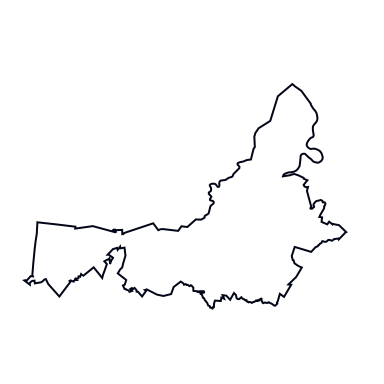 Jonuta, Tabasco, Mexico (Robinson projection), rotated 276°
{"feature_id": "50627088B39502895384690", "entity_name": "Jonuta", "entity_type": "district", "adm_level": 2, "iso_a3": "MEX", "parent_name": "Mexico", "parent_adm1": "Tabasco", "projection": "robinson", "projection_center": [-92.185, 18.135], "detail": "fine", "context": "isolated", "style": "outline", "palette": "ink", "viewbox_px": 384, "rotation_deg": 276, "n_neighbors": 0, "source": "geoboundaries", "source_scale": "gbopen_adm2", "svg_char_len": 5913}
<svg xmlns="http://www.w3.org/2000/svg" viewBox="0 0 384 384"><g transform="rotate(276 192 192)"><path d="M82.9,40.4L84.1,40.2L84.9,40.4L85.5,40.9L86.5,41.8L86.9,42.7L87.4,44.6L84.7,45.3L86.4,51.2L87.3,52.5L89.6,54.5L90.1,55.7L85.4,58.7L74.2,71.0L90.0,80.5L90.3,79.8L90.7,79.5L91.4,80.5L90.6,83.0L90.6,83.8L91.4,83.9L92.1,84.8L92.3,85.1L92.4,86.2L93.3,84.9L93.9,85.3L93.8,85.8L94.0,87.6L94.4,88.0L96.2,88.0L96.3,89.1L96.1,89.6L98.8,90.3L97.8,91.6L97.7,92.5L97.5,92.8L106.8,102.1L97.1,111.7L100.6,112.2L102.7,112.8L111.4,114.9L113.9,112.1L115.6,114.4L116.3,116.0L117.4,116.8L112.6,117.9L112.6,118.2L115.8,119.0L117.2,119.9L118.4,120.3L121.0,115.5L120.9,114.8L126.9,119.3L128.6,123.3L126.7,124.1L130.2,126.2L128.5,126.7L129.6,130.7L121.7,132.5L114.4,131.1L109.8,130.5L108.8,129.8L107.6,128.7L103.3,126.7L98.3,134.7L97.5,135.8L92.8,134.8L91.8,133.1L88.6,135.0L88.8,135.5L88.5,136.3L88.1,136.5L87.5,139.3L86.2,140.2L87.3,142.7L89.1,140.8L90.2,142.3L89.2,143.4L90.6,144.9L88.5,147.1L87.1,147.3L87.1,148.7L82.9,153.3L88.9,156.7L89.6,155.5L90.2,157.1L90.4,157.2L86.3,167.9L85.6,174.4L88.3,181.9L95.6,183.7L101.7,190.1L100.3,192.8L99.6,193.6L99.0,193.8L99.7,195.0L99.6,195.6L99.0,196.2L99.2,196.8L99.2,197.5L98.1,199.3L98.1,199.5L99.1,200.4L99.0,201.1L97.1,203.3L94.4,203.6L93.7,203.9L93.9,206.3L93.8,206.9L93.3,207.7L93.8,208.2L93.2,208.6L93.1,208.9L93.2,209.4L94.1,210.1L94.2,210.3L94.2,211.4L94.6,213.6L94.4,214.2L93.9,214.5L93.2,214.4L93.0,214.0L92.9,213.2L92.4,212.4L92.8,211.7L92.8,211.3L92.1,211.0L91.5,211.2L91.5,211.8L91.4,212.2L89.0,213.6L88.1,213.8L87.5,215.2L85.7,216.1L85.0,217.1L84.1,217.8L83.3,218.7L80.9,219.9L80.4,221.5L80.0,221.8L79.0,222.0L78.9,223.5L78.2,224.5L78.3,224.7L79.6,224.8L79.7,225.0L79.8,225.8L83.6,225.6L86.4,226.2L86.6,232.0L90.1,232.3L89.2,235.1L92.6,233.2L92.5,237.0L88.8,241.2L95.9,244.3L94.3,246.3L91.9,247.2L91.2,247.4L90.4,248.4L90.3,249.0L90.5,250.3L91.5,251.1L92.5,252.1L91.5,252.9L91.2,253.7L90.8,254.3L90.7,255.3L89.9,256.2L90.1,257.5L88.9,257.9L88.7,258.4L88.7,259.2L88.2,259.7L88.7,261.0L88.4,262.3L88.0,262.8L88.0,263.2L88.9,264.2L89.1,265.2L89.9,266.1L90.2,267.0L90.9,267.2L90.9,267.5L90.5,267.9L90.4,268.1L90.4,268.8L90.6,269.0L91.3,269.0L91.4,269.5L91.3,270.1L92.1,270.3L92.4,271.0L93.0,271.4L93.2,272.0L93.0,272.4L92.8,272.4L91.7,272.2L91.4,272.3L90.9,272.6L90.6,273.2L89.3,273.7L89.0,274.2L88.9,274.7L89.7,275.9L89.5,278.4L89.7,278.9L90.3,279.5L90.4,280.0L89.8,280.7L89.4,282.6L87.6,285.9L87.6,286.5L87.9,286.9L89.9,288.5L90.8,288.0L91.4,288.4L91.9,288.4L92.3,288.7L99.9,290.0L97.3,294.5L110.1,300.3L110.1,297.6L118.4,304.5L128.4,309.1L129.2,306.4L130.2,304.2L131.8,301.4L134.8,300.1L134.8,299.3L138.8,297.9L148.1,299.9L144.9,316.8L150.1,320.7L150.2,321.1L150.6,321.5L151.1,322.7L151.7,323.1L152.3,323.2L152.8,324.0L153.9,324.6L154.8,326.1L156.5,326.5L156.8,327.2L156.3,329.0L156.4,330.0L156.8,331.0L157.6,331.8L158.3,332.2L158.7,333.2L158.7,334.1L158.4,335.0L158.4,335.6L158.2,336.1L158.4,336.7L160.2,338.5L160.1,339.3L160.6,340.3L160.8,342.0L161.2,342.6L160.9,343.0L160.4,343.1L168.1,349.1L168.3,349.5L174.4,341.6L174.8,336.7L175.0,335.8L175.1,334.8L174.7,334.8L176.8,331.5L174.0,329.9L175.8,324.0L180.4,324.0L180.5,321.3L182.7,322.0L189.4,325.0L191.2,325.1L191.6,324.9L193.0,325.7L193.6,325.9L194.3,325.9L195.1,325.5L195.5,325.1L195.6,324.6L195.4,323.6L195.5,323.1L195.8,322.9L196.1,323.0L196.6,322.8L197.1,322.2L197.5,320.6L196.7,319.1L196.3,317.4L195.8,316.4L194.5,315.3L192.6,314.2L191.4,314.2L190.6,314.9L189.8,314.9L187.9,313.0L187.8,312.0L188.0,311.5L188.5,311.5L189.1,311.9L189.9,312.1L205.1,306.2L209.1,306.8L208.7,304.9L209.3,303.2L210.8,302.3L215.7,305.5L216.9,301.7L217.7,301.6L219.7,296.0L220.6,292.0L219.8,289.5L218.9,287.6L217.1,280.9L218.8,281.3L219.9,282.6L220.9,284.4L221.6,286.2L222.0,288.6L222.5,290.4L223.1,291.6L223.6,292.5L224.6,293.8L225.8,294.7L227.8,295.8L229.3,296.3L234.0,296.4L239.4,296.3L240.1,296.5L241.3,297.7L241.7,298.9L241.8,300.0L241.6,300.6L238.6,304.5L237.3,306.7L235.1,309.3L234.6,310.5L234.3,313.2L234.3,314.2L234.5,314.8L234.9,315.5L236.3,317.2L238.0,318.2L239.7,318.4L240.8,318.2L243.8,316.9L245.2,315.8L246.2,314.7L246.8,313.5L247.7,310.9L247.9,309.3L247.6,307.3L247.2,305.5L247.3,304.9L248.1,303.2L249.1,302.0L250.3,301.3L251.2,301.1L252.5,301.2L254.6,302.0L256.4,303.0L258.1,304.3L259.3,306.4L260.0,306.9L261.2,307.1L266.3,305.7L269.5,305.4L270.5,305.7L271.7,306.3L274.6,308.3L276.1,308.9L278.0,309.1L279.7,308.8L282.7,307.9L283.8,307.4L285.3,306.3L287.6,303.9L289.7,302.2L291.5,301.0L292.2,300.9L304.0,290.2L307.7,283.6L309.8,280.5L296.2,267.4L270.9,262.4L262.4,251.6L257.4,248.9L253.6,248.2L243.3,249.8L241.3,248.7L230.5,247.2L229.4,242.9L228.0,240.5L227.4,239.1L227.0,237.4L225.7,234.7L224.9,234.3L224.0,234.5L222.2,236.5L220.8,236.6L220.3,236.3L214.1,231.3L212.3,230.9L211.2,230.1L210.2,227.6L209.5,226.4L207.8,224.5L207.2,223.1L206.6,220.3L206.3,219.3L205.6,218.7L204.9,218.3L204.1,218.2L203.0,218.2L201.7,218.6L200.9,218.5L200.0,218.2L199.8,217.4L199.9,216.8L202.0,214.9L202.5,213.9L202.5,212.2L202.1,210.4L201.4,209.4L200.9,209.0L200.2,209.0L199.3,209.5L198.5,210.3L197.2,210.7L195.8,210.8L194.8,210.5L193.5,209.0L193.1,208.8L191.9,208.9L189.5,211.7L189.0,211.7L187.5,210.9L186.8,210.6L186.0,210.7L185.6,211.5L185.2,213.7L184.9,214.1L184.5,214.6L183.5,214.7L183.0,214.6L182.4,214.2L180.4,212.2L179.7,211.8L173.2,210.9L172.5,210.7L171.7,210.1L169.9,207.6L169.2,207.1L168.5,207.1L167.8,207.2L165.5,204.0L165.1,198.7L156.7,191.0L156.8,185.1L151.9,182.3L152.1,166.8L151.6,164.4L150.5,162.5L156.8,156.7L144.5,129.6L144.1,129.0L143.5,128.5L143.7,128.4L142.9,127.1L147.0,126.5L146.2,121.0L146.1,120.8L146.5,119.6L146.4,118.1L146.1,117.8L145.3,120.2L144.5,120.4L144.4,119.8L144.0,119.7L147.7,96.9L143.4,79.7L145.3,79.7L145.6,61.1L145.7,41.4L134.3,42.0L126.6,41.6L119.5,41.5L105.2,41.6L92.3,41.9L92.3,42.1L91.5,42.6L91.4,40.3L86.9,37.1L86.9,35.6L86.5,34.5L82.9,40.4Z" fill="none" stroke="#020617" stroke-width="2"/></g></svg>